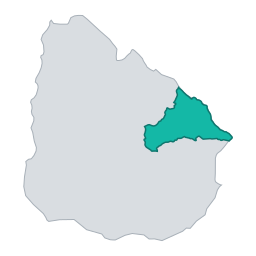 Cerro Largo highlighted on a map of Uruguay
{"feature_id": "URY-12", "entity_name": "Cerro Largo", "entity_type": "Department", "adm_level": 1, "iso_a3": "URY", "parent_name": "Uruguay", "parent_adm1": "", "projection": "albers", "projection_center": [-54.394, -32.345], "detail": "fine", "context": "in_parent", "style": "filled", "palette": "teal", "viewbox_px": 256, "rotation_deg": 0, "n_neighbors": 0, "source": "natural_earth", "source_scale": "10m", "svg_char_len": 5201}
<svg xmlns="http://www.w3.org/2000/svg" viewBox="0 0 256 256"><path d="M221.5,185.0L219.5,186.7L217.4,190.0L215.0,197.8L206.8,208.7L205.1,214.8L196.4,221.1L190.2,228.3L186.3,228.1L182.7,231.2L162.0,240.6L154.6,238.9L149.1,239.0L143.9,234.9L132.2,233.5L125.0,235.3L115.2,240.0L112.3,239.9L110.1,239.7L104.8,237.9L101.8,234.0L86.6,229.7L74.1,219.5L59.7,219.7L48.7,221.4L47.0,220.1L45.8,217.4L43.4,213.6L33.5,204.6L25.7,195.7L23.8,186.7L24.5,176.8L26.4,165.1L25.8,161.5L28.5,159.3L31.3,158.8L33.9,155.6L36.1,151.0L36.4,147.5L34.3,141.2L32.7,132.3L31.0,127.9L33.8,120.8L33.9,117.4L32.0,114.4L31.4,111.4L32.1,108.2L31.8,105.1L30.6,102.3L31.3,99.8L34.1,97.8L36.2,94.8L37.4,90.8L38.1,87.8L38.0,85.7L37.1,83.7L35.3,82.0L36.0,78.3L39.2,72.7L41.2,67.7L42.1,63.4L41.9,60.0L40.7,57.4L41.1,55.6L43.2,54.6L44.0,51.8L43.5,45.0L41.1,39.4L42.7,34.8L47.3,29.5L49.7,25.2L49.8,22.0L51.2,20.2L53.6,23.5L60.4,24.2L67.3,24.2L68.4,23.3L70.9,17.6L74.5,15.9L78.3,15.4L82.6,15.5L87.2,19.2L100.1,31.1L109.6,39.4L112.5,43.4L115.0,46.3L116.9,49.1L116.2,56.4L116.4,59.5L116.9,60.5L119.0,60.5L122.1,59.9L124.7,58.4L126.8,56.0L128.8,54.1L130.4,53.0L131.0,51.5L131.9,49.9L132.9,49.5L134.7,50.7L139.1,54.8L142.5,58.6L143.3,60.8L144.7,63.1L146.0,65.0L147.0,67.0L150.3,69.5L153.6,71.1L155.8,69.4L161.5,74.6L173.8,79.0L176.1,81.7L178.2,85.5L182.5,91.2L188.5,96.4L193.2,98.5L197.8,99.8L200.4,100.9L202.1,102.9L204.9,105.1L206.7,105.9L207.3,107.8L209.0,112.0L210.9,117.2L212.9,122.1L217.3,126.9L222.3,130.6L227.5,132.7L230.3,135.3L231.6,138.0L228.0,141.9L224.2,146.8L220.8,150.7L217.3,153.4L216.2,155.3L215.4,158.2L215.3,173.6L215.0,179.3L215.2,180.9L215.7,181.9L217.8,183.5L220.4,184.8L221.5,185.0Z" fill="#d9dde1" stroke="#a8b0b8" stroke-width="1"/><path d="M178.6,87.4L178.8,87.8L179.9,88.8L181.2,89.8L182.4,90.9L183.6,92.3L186.3,94.9L188.5,96.4L190.5,98.3L191.4,98.9L191.9,98.9L192.2,98.4L193.0,97.7L193.7,97.4L194.5,97.5L195.3,97.9L195.9,98.4L196.2,98.7L196.5,99.4L196.9,99.7L197.3,99.9L198.6,100.0L199.3,100.2L199.8,100.5L201.0,101.3L201.4,101.8L201.6,102.3L201.7,102.7L201.9,103.2L202.3,103.7L202.8,104.2L203.9,104.9L206.3,105.4L206.8,105.8L207.1,106.4L207.1,108.1L208.2,110.8L210.2,113.8L210.7,115.2L211.0,116.8L211.1,119.1L211.3,119.9L211.6,120.5L212.6,121.4L213.0,122.0L213.7,123.2L214.5,124.3L215.4,125.3L217.9,127.1L220.2,129.8L222.4,130.5L224.1,131.6L224.8,131.8L226.1,131.8L227.4,132.7L228.6,133.3L229.2,133.7L231.8,136.6L232.2,137.3L232.0,138.2L231.5,138.8L230.1,139.9L229.3,140.9L224.5,139.9L223.5,139.7L223.2,139.8L222.8,139.8L222.2,140.2L221.9,140.3L221.5,140.3L221.0,140.3L220.7,140.2L220.4,140.0L219.9,139.6L219.6,139.5L219.2,139.4L218.4,139.5L218.0,139.4L217.8,139.3L217.5,138.9L217.4,138.7L217.2,138.6L216.8,138.5L212.6,138.9L211.6,138.9L210.2,138.6L203.6,139.1L203.2,139.1L202.9,139.0L202.7,138.9L202.3,138.6L199.8,136.6L199.4,136.3L199.1,136.2L198.8,136.2L198.3,136.3L197.2,137.0L196.8,137.5L195.9,138.2L195.8,138.4L195.7,138.6L195.6,138.8L195.7,139.1L195.8,139.3L196.0,139.7L196.1,139.9L196.2,140.1L196.1,140.4L195.8,140.6L195.3,140.6L195.0,140.5L194.7,140.4L192.4,138.8L192.2,138.7L191.7,138.6L190.8,138.7L190.6,138.6L190.3,138.6L190.0,138.5L189.8,138.4L189.4,138.1L189.2,138.0L188.1,137.9L187.3,137.6L185.8,137.4L185.5,137.3L185.3,137.2L185.1,137.1L184.8,136.8L184.6,136.6L184.2,136.7L183.6,136.9L181.7,138.0L180.9,138.3L178.7,138.4L178.1,138.4L177.8,138.4L177.6,138.5L177.3,138.9L177.1,139.5L176.8,139.9L176.5,140.1L176.0,140.2L175.6,140.1L175.3,140.1L175.1,140.1L174.9,140.2L174.7,140.5L174.4,140.9L174.1,141.3L173.9,141.5L173.6,141.6L173.0,141.8L172.6,141.7L172.3,141.7L171.5,141.4L171.0,141.3L170.5,141.3L170.1,141.3L168.3,142.1L167.7,142.2L166.4,142.2L165.3,142.3L164.8,142.5L162.5,143.7L161.8,144.3L161.2,144.9L160.9,145.2L160.7,145.4L159.3,145.9L158.8,146.2L158.5,146.6L158.3,146.8L157.4,147.3L157.2,147.4L157.0,147.7L156.8,148.1L156.6,148.4L156.6,148.7L156.7,149.1L157.3,150.1L157.3,150.4L157.3,151.3L155.3,151.0L152.5,151.1L151.9,151.1L151.5,151.0L151.3,150.8L150.9,150.1L150.7,150.0L147.0,147.6L146.4,147.2L145.7,146.3L145.3,145.6L145.1,145.1L145.0,144.6L145.0,144.3L145.2,143.2L145.2,142.3L145.2,142.0L145.2,141.8L145.0,141.4L144.3,140.4L144.1,140.1L144.1,139.7L144.2,139.3L144.4,139.1L144.6,139.0L145.1,138.9L145.4,138.8L145.5,138.6L145.6,138.4L145.6,138.1L145.5,137.8L144.5,135.4L144.4,135.2L144.4,134.6L144.5,134.1L145.1,132.6L145.6,130.1L145.6,129.6L145.6,129.0L145.4,128.0L144.6,126.5L148.1,124.8L149.5,124.7L152.0,125.7L153.4,126.0L154.8,125.8L156.0,125.2L157.0,124.4L157.9,123.4L158.7,122.0L159.3,121.4L160.7,121.0L161.0,120.6L161.3,120.0L161.6,119.5L162.0,119.3L162.9,118.9L163.2,118.6L163.9,117.7L164.7,115.8L165.3,114.9L165.4,114.3L165.3,113.8L165.0,113.3L164.9,112.8L164.9,112.3L165.1,111.9L165.4,111.2L166.3,110.1L166.6,109.5L166.8,108.4L167.2,107.9L168.2,108.3L169.8,109.2L170.3,109.1L171.2,108.9L172.0,108.7L172.9,108.6L173.8,108.3L174.4,107.6L174.5,106.7L174.1,106.0L174.5,105.4L175.5,104.6L175.7,104.1L175.6,103.3L175.1,103.1L174.4,103.0L173.8,102.5L175.2,100.5L175.7,99.1L176.2,98.1L177.2,95.8L177.4,94.9L177.2,93.8L176.5,91.7L176.5,90.6L176.7,90.1L177.1,89.6L177.5,89.2L177.8,89.0L177.9,88.8L178.4,87.7L178.6,87.4L178.6,87.4Z" fill="#14b8a6" stroke="#0f766e" stroke-width="1.5"/></svg>